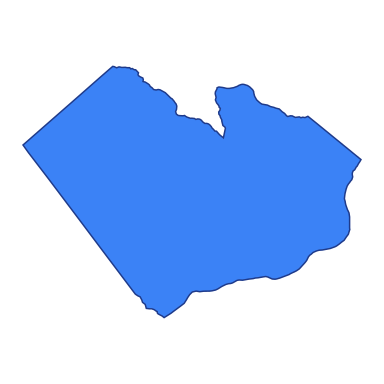 the district of Piçarra, Pará, Brazil
{"feature_id": "56859067B84152157059317", "entity_name": "Piçarra", "entity_type": "district", "adm_level": 2, "iso_a3": "BRA", "parent_name": "Brazil", "parent_adm1": "Pará", "projection": "orthographic", "projection_center": [-48.935, -6.553], "detail": "fine", "context": "isolated", "style": "filled", "palette": "blue", "viewbox_px": 384, "rotation_deg": 0, "n_neighbors": 0, "source": "geoboundaries", "source_scale": "gbopen_adm2", "svg_char_len": 3004}
<svg xmlns="http://www.w3.org/2000/svg" viewBox="0 0 384 384"><path d="M23.0,145.0L28.5,152.7L48.2,178.4L81.2,222.2L102.0,249.9L135.3,294.1L137.8,295.8L140.1,296.8L141.8,300.0L142.5,302.3L145.2,304.4L146.3,308.4L149.5,308.8L151.8,308.8L154.3,309.7L156.0,311.0L157.2,311.6L157.3,312.9L158.1,313.9L162.1,316.0L164.1,317.6L171.1,313.2L173.3,311.5L181.1,305.7L184.2,303.3L186.6,299.5L187.6,297.7L189.6,294.7L192.3,292.0L196.1,291.1L199.8,291.7L203.7,291.2L209.7,291.1L212.1,290.8L215.6,290.0L217.9,288.9L221.7,286.5L223.1,285.8L226.0,284.4L228.6,283.7L230.7,283.5L232.6,282.9L237.0,280.4L239.0,280.0L242.6,280.2L248.8,279.1L253.2,278.6L255.4,278.0L258.0,277.8L263.7,276.8L265.8,276.5L267.8,277.0L269.1,277.6L272.2,279.0L275.1,279.2L276.8,278.9L279.9,278.0L289.2,274.5L290.4,273.7L296.3,270.9L299.3,268.9L305.1,262.5L306.7,260.4L308.5,256.7L310.0,255.0L311.1,254.3L313.2,252.4L316.6,250.9L319.2,250.2L322.3,250.0L330.2,248.5L334.9,246.8L336.5,246.0L339.3,244.0L341.6,242.1L344.1,240.3L346.5,236.7L347.6,235.3L348.4,234.1L348.9,232.3L349.8,229.5L349.6,228.1L349.6,216.9L349.0,212.9L348.1,210.9L347.5,209.8L345.8,204.9L345.4,203.1L345.1,201.2L344.4,198.8L344.7,196.0L345.0,193.7L346.1,189.2L347.2,186.0L348.6,183.7L349.5,182.7L350.4,181.3L351.8,179.7L352.7,176.9L352.3,174.7L352.3,173.2L352.7,171.9L353.3,170.7L354.6,169.9L355.4,168.6L356.1,167.2L357.1,166.2L358.5,163.6L359.8,161.7L361.0,159.6L316.7,123.4L307.9,116.3L305.0,117.6L302.8,117.2L300.9,117.7L299.3,116.9L295.3,117.4L292.2,115.9L290.3,115.8L287.8,116.5L286.6,115.8L284.6,113.4L282.2,111.8L279.3,109.0L275.7,108.1L274.0,107.4L270.6,106.6L267.5,105.1L261.9,104.1L260.3,103.1L258.5,101.6L256.6,99.8L254.6,96.2L253.8,93.1L253.6,91.4L252.6,89.7L249.7,86.9L247.5,85.5L243.9,84.4L242.6,84.3L241.2,84.5L238.8,85.4L237.4,86.3L233.5,87.7L229.3,88.4L226.8,88.4L222.8,87.5L218.9,87.0L217.1,87.7L216.9,89.0L215.4,91.9L215.2,93.8L216.1,97.4L215.4,99.9L216.6,102.9L218.3,105.0L219.0,106.2L219.2,107.4L220.3,108.3L219.9,110.3L218.7,112.0L218.9,114.2L220.0,115.6L220.4,117.3L221.7,119.7L221.9,121.5L222.9,125.5L224.8,127.0L225.4,128.2L223.4,137.8L221.5,136.3L220.2,135.3L218.9,134.0L216.5,131.2L215.0,131.1L213.2,129.1L211.9,127.8L211.3,126.6L209.7,124.8L208.4,123.9L206.8,123.4L204.8,123.4L202.5,121.7L201.5,120.3L199.8,119.2L197.8,118.9L195.8,119.4L194.5,118.5L191.7,118.2L190.5,118.3L188.7,117.7L187.0,117.1L185.6,116.3L184.6,115.5L182.9,115.8L179.5,115.6L178.1,115.4L176.4,114.1L175.6,111.6L176.5,109.4L176.8,106.1L176.1,104.0L174.9,102.5L174.1,101.2L172.1,98.8L170.7,98.0L169.6,96.9L165.3,92.7L163.7,91.8L161.1,90.4L160.0,89.8L158.1,89.5L156.1,90.0L153.6,89.5L152.1,87.8L150.2,86.4L149.4,84.9L148.2,83.9L145.3,82.1L143.0,81.5L143.3,79.6L142.8,78.0L140.2,76.8L138.4,75.6L138.0,74.4L138.5,72.8L137.0,71.2L135.7,69.8L134.2,69.7L132.2,68.5L130.8,68.9L129.7,67.7L127.3,67.7L125.2,67.3L123.1,67.4L121.5,67.4L120.3,67.1L119.0,66.9L116.6,67.8L114.1,66.6L112.7,66.4L100.4,77.1L70.5,103.4L65.8,107.5L23.0,145.0Z" fill="#3b82f6" stroke="#1e3a8a" stroke-width="1.5"/></svg>